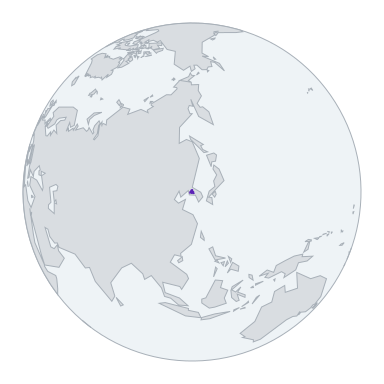 Hwanghae-bukto on an orthographic globe, rotated 328°
{"feature_id": "PRK-3303", "entity_name": "Hwanghae-bukto", "entity_type": "Province", "adm_level": 1, "iso_a3": "PRK", "parent_name": "North Korea", "parent_adm1": "", "projection": "orthographic", "projection_center": [126.361, 38.471], "detail": "fine", "context": "on_globe", "style": "filled", "palette": "violet", "viewbox_px": 384, "rotation_deg": 328, "n_neighbors": 0, "source": "natural_earth", "source_scale": "10m", "svg_char_len": 12148}
<svg xmlns="http://www.w3.org/2000/svg" viewBox="0 0 384 384"><g transform="rotate(328 192 192)"><circle cx="192" cy="192" r="169" fill="#eef3f6" stroke="#a8b0b8"/><path d="M322.7,288.5L322.6,289.2L322.4,289.4L322.7,288.5ZM317.8,79.2L317.9,79.4L320.3,82.0L318.9,80.8L320.0,83.0L313.6,80.0L298.5,70.6L299.3,69.4L295.6,67.7L294.4,69.3L294.5,70.9L280.0,70.4L274.1,79.5L277.8,86.0L272.6,82.1L283.4,97.4L283.7,106.5L279.9,94.1L276.9,91.3L275.4,96.2L272.0,94.5L269.3,96.0L265.3,93.6L263.4,87.0L260.8,85.5L259.9,89.1L255.4,89.4L257.0,84.2L249.3,84.3L244.6,74.2L252.4,63.9L246.4,57.9L245.4,46.8L242.1,46.6L239.6,42.8L234.9,41.3L236.1,40.0L231.3,39.9L231.1,41.4L229.0,41.9L226.2,41.3L227.2,39.4L228.7,39.5L227.5,38.7L229.2,38.1L226.8,38.0L228.3,36.2L222.7,37.1L220.5,34.9L222.6,34.0L227.7,35.2L245.5,37.6L249.2,37.8L249.3,36.3L238.3,30.7L240.2,30.7L238.9,29.8L235.3,29.0L235.1,29.5L228.3,28.3L228.8,29.5L226.1,29.3L224.5,30.4L219.0,29.1L214.5,27.3L215.5,26.5L213.5,25.8L207.9,26.0L205.3,24.2L195.7,23.2L198.7,23.2L211.0,24.1L223.1,25.9L235.1,28.6L246.9,32.2L258.3,36.6L269.4,41.8L280.1,47.9L290.4,54.6L300.1,62.1L309.2,70.3L317.8,79.2ZM348.3,169.9L346.9,167.1L348.2,167.0L348.3,169.9ZM345.7,166.6L346.3,167.3L345.7,167.0L345.7,166.6ZM345.1,167.2L345.5,166.8L345.2,167.6L345.1,167.2ZM344.4,168.4L344.7,167.6L344.7,167.8L344.4,168.4ZM342.8,169.3L342.4,169.4L342.6,168.4L342.8,169.3ZM295.1,72.0L294.7,69.6L297.1,68.9L297.8,71.1L295.1,72.0ZM290.0,74.0L288.9,72.1L293.2,73.6L292.5,74.2L290.0,74.0ZM281.2,91.3L281.6,88.6L282.4,91.9L281.2,91.3ZM269.6,96.6L270.6,98.0L268.8,98.3L269.6,96.6ZM227.6,31.1L226.1,30.8L227.2,30.7L227.6,31.1ZM228.4,32.1L230.8,32.3L231.5,32.8L230.0,32.6L228.4,32.1ZM261.1,95.0L257.8,95.2L260.8,93.8L261.1,95.0ZM225.3,31.7L232.4,33.6L233.6,34.6L229.0,34.9L225.3,31.7ZM255.8,94.6L248.0,95.5L249.5,98.5L240.8,90.9L250.3,92.4L253.7,90.1L253.5,92.8L255.8,94.6ZM232.3,42.2L232.3,40.6L234.9,42.6L232.3,42.2ZM234.4,43.3L245.4,49.5L243.9,51.8L240.5,49.1L240.7,52.9L234.7,50.9L233.2,48.4L235.3,47.3L231.4,47.5L234.4,43.3ZM237.3,86.8L235.1,86.2L237.0,85.6L237.3,86.8ZM228.3,42.3L230.6,43.2L229.6,45.2L224.7,43.8L226.6,43.5L228.3,42.3ZM243.8,54.9L242.1,56.3L236.7,55.1L235.3,55.5L234.4,51.1L243.8,54.9ZM225.4,42.8L222.2,43.0L220.2,41.6L226.0,41.6L225.4,42.8ZM231.3,46.4L230.6,47.3L229.4,46.3L231.3,46.4ZM211.2,37.0L214.0,37.7L213.7,38.8L211.2,37.0ZM221.2,43.2L221.9,43.8L222.1,44.3L219.6,44.2L221.2,43.2ZM230.7,50.6L228.8,49.9L230.8,52.4L226.8,51.8L226.9,49.0L225.2,49.9L224.0,49.8L225.4,47.7L230.7,50.6ZM217.7,46.0L216.4,42.6L211.2,40.8L211.4,39.7L219.7,42.9L217.7,46.0ZM222.1,47.1L219.4,46.1L220.9,45.2L223.8,45.3L222.1,47.1ZM224.1,52.4L230.1,54.1L229.9,54.6L224.1,52.4ZM215.8,45.6L216.2,46.4L215.3,45.6L215.8,45.6ZM221.2,50.5L223.4,50.9L223.1,51.5L221.2,50.5ZM215.1,47.9L214.7,46.7L216.6,46.7L215.1,47.9ZM217.6,49.2L216.7,50.0L217.5,47.4L218.6,49.3L217.6,49.2ZM220.6,51.0L221.1,51.5L219.7,50.7L220.6,51.0ZM208.1,48.8L208.6,45.5L212.8,45.4L211.7,48.5L208.1,48.8ZM80.1,65.4L72.2,74.0L69.8,76.7L65.8,80.1L52.7,98.4L54.8,97.7L48.2,112.4L47.3,119.9L56.4,112.7L58.0,100.2L63.6,93.6L66.6,99.6L66.0,111.4L68.2,109.2L73.0,98.5L77.5,98.3L75.2,94.6L72.8,98.2L71.3,96.3L73.5,92.9L75.0,92.8L76.4,88.8L69.0,90.8L65.7,94.7L66.7,87.5L61.3,93.4L60.0,93.2L68.7,83.1L71.3,81.3L83.6,68.3L80.9,69.5L69.1,82.0L70.8,79.5L67.1,81.9L71.2,78.1L84.8,64.8L88.8,59.5L86.3,60.2L104.2,47.6L105.8,46.7L95.9,53.8L99.0,52.3L107.8,47.2L104.0,50.0L106.4,48.9L103.3,51.8L105.6,53.1L103.5,56.1L110.9,54.3L110.8,55.7L106.4,56.2L102.3,58.5L97.9,66.8L98.9,67.8L104.0,66.1L102.1,68.9L107.7,66.3L108.3,70.8L112.2,63.3L118.3,61.8L122.2,63.6L124.9,61.9L118.6,59.1L115.5,59.3L111.7,61.5L103.7,61.7L103.9,59.4L114.9,54.6L116.3,51.1L124.2,49.5L136.3,57.1L138.1,62.0L127.4,73.1L123.3,72.7L125.1,68.3L117.5,73.8L121.0,72.6L119.4,75.1L124.9,74.9L124.1,76.7L130.7,73.6L130.3,75.8L126.1,77.8L133.8,79.9L134.7,84.7L136.8,84.3L138.9,82.7L138.6,90.1L140.2,89.6L140.9,86.9L144.6,84.2L150.9,82.4L150.5,85.1L148.1,86.1L142.5,92.4L136.4,95.0L136.8,96.0L142.1,94.4L148.9,86.6L152.9,84.8L150.2,88.6L151.5,87.1L153.3,87.1L154.7,89.7L157.9,85.7L178.5,83.5L183.3,88.8L178.6,92.1L192.5,94.9L196.8,101.5L197.4,98.9L204.5,99.0L203.3,96.9L204.1,95.7L221.9,96.0L225.7,98.5L234.0,96.6L234.4,95.4L232.0,93.3L240.8,90.9L249.5,98.5L248.3,100.8L254.6,104.4L251.0,109.4L250.9,115.5L243.3,119.6L243.8,124.5L246.2,125.4L248.8,132.9L245.8,146.2L237.7,131.5L240.1,112.7L238.2,119.8L235.5,117.2L232.8,119.2L231.8,124.5L233.6,125.7L215.7,130.6L206.9,144.0L215.1,144.5L218.8,149.6L216.0,167.4L194.7,188.2L199.3,196.9L198.6,201.9L192.3,204.0L193.2,196.6L188.2,193.0L189.6,188.8L179.8,190.4L181.5,184.4L173.1,189.0L174.6,194.3L182.6,194.8L174.6,201.8L180.8,211.7L179.9,221.7L163.7,236.1L149.8,238.0L148.6,240.8L143.9,236.0L136.4,240.0L143.9,259.0L143.2,263.6L131.6,269.1L131.6,265.7L119.3,253.0L115.9,263.1L125.2,275.3L128.4,286.4L120.8,280.8L117.7,270.8L113.4,266.0L115.3,257.1L113.2,241.3L105.5,241.0L106.9,235.3L102.8,220.3L92.2,219.1L75.0,225.9L71.4,239.4L66.1,242.2L62.6,216.6L65.1,201.7L61.3,199.9L59.9,182.7L49.9,168.5L50.8,163.8L48.5,162.6L47.8,154.5L50.1,147.2L48.6,144.2L43.2,163.7L45.1,167.0L49.8,165.4L47.7,171.2L48.6,180.5L39.3,185.4L28.4,175.8L31.2,164.8L43.0,127.0L44.8,124.9L45.0,124.6L45.4,123.9L42.5,126.7L45.8,119.9L35.3,143.3L31.9,151.7L28.2,176.1L27.6,176.5L27.6,182.9L32.2,190.6L31.4,193.8L26.8,203.0L23.8,207.7L23.1,195.5L23.3,183.3L24.3,171.1L26.3,159.1L29.1,147.2L32.8,135.5L37.3,124.1L42.6,113.1L48.7,102.5L55.5,92.4L63.1,82.8L71.3,73.8L80.1,65.4ZM61.5,129.8L63.7,137.3L69.5,128.1L70.9,130.3L72.4,126.5L70.0,127.4L74.6,117.8L78.1,119.3L81.3,116.1L80.7,113.5L73.7,112.5L66.9,126.0L63.5,126.8L61.5,129.8ZM196.3,23.1L196.1,23.1L196.3,23.1ZM122.4,41.8L119.2,43.4L117.2,43.6L119.9,41.0L122.9,40.5L122.4,41.8ZM115.1,45.8L125.3,42.5L124.0,44.3L123.0,43.8L121.1,45.4L119.0,45.0L107.9,50.5L105.3,51.2L111.7,45.2L111.0,46.6L114.2,44.8L115.1,45.8ZM153.5,34.1L157.8,33.7L149.4,38.2L146.3,38.1L148.8,35.2L153.9,33.5L153.5,34.1ZM215.8,32.3L218.1,32.6L217.8,33.0L215.7,33.1L215.8,32.3ZM212.5,37.2L205.8,32.0L208.0,31.9L201.5,29.5L204.7,28.4L208.9,29.9L206.5,27.5L211.5,28.5L209.2,27.0L218.1,30.5L222.6,31.6L216.4,30.7L213.3,31.6L213.2,32.3L216.5,35.3L224.5,38.5L222.7,40.3L219.3,40.7L217.1,40.2L219.0,39.1L214.7,39.2L215.7,37.3L212.5,37.2ZM180.4,49.6L183.5,47.7L175.1,49.3L176.1,46.7L175.0,47.1L173.6,45.2L170.1,43.8L171.3,42.7L169.4,42.6L168.4,41.5L166.3,41.1L167.7,39.2L165.1,38.6L167.3,38.0L162.4,37.6L166.7,37.1L165.8,35.9L162.2,37.1L175.2,29.3L177.4,27.1L177.0,25.8L184.3,25.5L189.4,26.8L192.4,29.3L189.2,31.7L193.1,31.4L192.7,32.5L189.8,32.3L194.0,33.4L193.0,34.3L195.6,37.7L202.4,39.1L203.6,40.6L200.4,40.5L203.8,42.1L198.5,43.1L199.2,44.2L194.7,46.5L188.1,46.1L189.4,47.4L186.1,49.5L180.4,49.6ZM206.6,49.4L198.5,48.9L195.1,47.5L204.4,44.1L204.5,42.9L210.3,41.2L215.1,43.5L213.0,43.7L212.1,44.5L211.0,43.5L211.2,44.9L208.3,45.4L207.7,46.8L205.2,46.2L206.6,49.4ZM70.4,77.0L69.2,78.7L68.0,80.8L65.6,82.5L70.4,77.0ZM79.5,67.8L78.9,68.8L75.0,71.8L76.3,70.3L79.5,67.8ZM81.9,66.9L79.2,68.6L81.4,66.7L81.9,66.9ZM106.2,57.2L105.9,58.4L104.6,59.0L103.2,59.0L106.2,57.2ZM155.6,55.3L157.9,54.1L158.7,54.5L164.7,53.6L164.5,55.7L160.7,57.0L155.6,55.3ZM54.8,112.2L53.1,111.8L54.1,109.8L54.5,110.3L54.8,112.2ZM58.1,96.1L55.8,100.9L57.5,96.5L58.1,96.1ZM156.3,57.4L158.9,56.8L157.2,58.2L156.3,57.4ZM164.6,57.2L163.2,58.9L165.1,55.8L164.6,57.2ZM31.5,244.9L30.9,242.4L33.9,251.5L34.6,253.5L31.5,244.9ZM170.6,316.8L175.8,317.9L175.6,318.5L170.6,316.8ZM165.1,314.1L171.0,315.1L164.1,315.1L165.1,314.1ZM173.3,315.5L179.3,315.1L181.9,314.5L181.5,315.6L173.3,315.5ZM161.1,313.5L140.0,308.9L131.9,305.2L133.7,303.6L146.8,307.5L161.1,313.5ZM133.0,303.4L120.8,293.6L105.2,269.0L110.7,271.6L127.3,288.9L126.2,290.4L133.6,297.5L133.0,303.4ZM163.2,299.0L162.1,304.5L150.4,301.7L145.1,299.6L141.5,291.3L143.5,288.0L147.7,289.1L165.1,279.0L171.0,283.4L165.5,288.2L170.3,294.2L163.2,299.0ZM71.8,241.1L73.9,251.3L71.1,250.9L71.8,241.1ZM172.7,270.4L165.3,275.4L172.2,268.2L172.7,270.4ZM177.2,263.1L177.3,266.4L174.7,262.9L177.2,263.1ZM147.8,245.3L143.3,245.0L143.4,242.6L149.4,241.7L147.8,245.3ZM179.0,230.2L177.9,237.3L176.7,239.5L175.1,234.9L179.0,230.2ZM157.8,76.7L149.7,75.3L143.6,76.3L140.0,79.7L141.6,74.6L150.9,73.1L157.8,76.7ZM176.0,82.3L179.2,79.7L180.2,81.5L179.6,82.3L176.0,82.3ZM176.2,80.3L175.7,76.0L179.0,75.0L178.8,78.6L176.2,80.3ZM165.6,65.9L163.3,65.3L164.7,64.0L165.6,65.9ZM281.6,335.3L283.4,334.1L283.8,333.9L281.6,335.3ZM233.3,354.9L232.4,353.9L239.7,352.3L237.2,353.8L233.3,354.9ZM287.8,331.2L288.1,331.0L292.3,327.8L293.3,326.3L293.5,326.9L297.5,323.9L287.8,331.2ZM204.5,350.4L172.0,353.1L164.5,351.6L165.8,349.9L157.8,342.2L160.2,342.7L157.9,337.4L176.7,335.1L190.1,326.4L201.3,327.6L209.3,320.1L221.1,320.4L217.9,326.5L230.5,329.5L238.2,315.7L246.7,328.4L256.4,330.9L260.1,336.8L245.8,348.9L236.8,352.1L234.7,351.8L231.0,353.1L224.8,353.7L220.6,351.6L217.1,352.8L220.2,350.4L215.2,352.7L211.6,351.0L204.5,350.4ZM289.0,315.6L290.9,315.1L294.2,315.6L291.1,316.7L289.0,315.6ZM317.9,294.2L318.8,294.4L316.8,296.1L317.9,294.2ZM322.4,289.4L320.0,291.6L322.7,288.5L322.4,289.4ZM298.3,304.7L299.3,305.0L298.6,305.6L298.3,304.7ZM297.5,304.8L298.6,303.0L298.5,304.3L297.5,304.8ZM288.0,301.1L289.1,299.9L289.6,300.3L288.0,301.1ZM183.6,318.8L190.8,315.4L194.8,315.3L183.6,318.8ZM286.3,300.0L283.4,300.8L283.7,299.9L286.3,300.0ZM286.4,298.2L286.0,297.1L287.9,299.2L286.4,298.2ZM280.8,297.3L284.4,298.3L280.4,297.6L280.8,297.3ZM278.8,298.1L276.2,297.9L276.4,297.5L278.8,298.1ZM251.1,305.2L260.4,310.4L253.1,311.5L244.8,308.4L238.7,313.0L224.6,313.3L227.7,310.7L225.7,307.0L211.4,305.6L208.6,303.0L213.6,301.3L204.3,299.0L214.4,298.0L218.7,303.4L224.5,299.0L234.7,299.6L244.7,300.5L253.0,303.4L251.1,305.2ZM214.7,309.7L216.4,309.7L214.9,311.3L214.7,309.7ZM271.4,296.2L275.1,297.8L274.7,298.5L272.9,298.6L271.4,296.2ZM254.9,302.2L263.7,296.5L265.8,296.2L260.0,302.1L254.9,302.2ZM261.5,294.0L265.6,293.9L267.9,295.9L267.0,296.8L261.5,294.0ZM193.9,304.2L193.5,305.6L190.9,304.3L193.9,304.2ZM197.2,303.5L205.2,305.5L196.5,304.7L197.2,303.5ZM173.8,296.0L176.0,299.9L183.1,298.4L177.7,301.1L182.6,307.4L181.1,309.4L176.2,302.6L174.6,308.8L171.5,308.3L169.7,302.5L172.8,296.1L175.9,293.6L188.7,293.8L173.8,296.0ZM197.1,299.1L195.1,294.7L196.6,292.0L198.9,294.4L197.1,299.1ZM189.2,283.7L184.0,278.0L179.0,279.4L189.2,273.2L192.5,279.7L189.2,283.7ZM185.1,271.7L180.4,273.0L185.4,269.2L185.1,271.7ZM179.4,271.1L179.1,267.3L182.6,268.2L179.4,271.1ZM187.5,272.2L188.7,265.9L190.3,269.8L187.5,272.2ZM178.2,258.6L185.4,265.8L175.6,261.9L176.2,249.2L180.5,249.5L178.2,258.6ZM208.5,208.4L208.0,204.4L212.1,203.8L211.3,206.7L208.5,208.4ZM225.2,199.3L213.1,202.4L203.3,205.2L205.9,207.2L202.9,213.6L199.5,207.1L207.0,200.4L214.3,199.5L216.2,194.1L222.0,190.6L222.0,183.6L224.8,180.7L227.1,186.9L225.2,199.3ZM221.7,180.7L223.8,168.5L231.2,170.5L232.4,173.6L228.3,178.3L224.7,176.9L221.7,180.7ZM226.5,166.2L223.0,164.9L218.7,146.5L219.6,143.3L226.8,157.7L223.9,157.3L223.6,161.6L226.5,166.2ZM235.3,87.6L235.1,86.3L236.7,87.5L235.3,87.6ZM203.3,94.5L204.7,93.1L206.5,94.3L203.3,94.5ZM209.6,89.9L206.6,89.4L209.9,88.8L209.6,89.9ZM199.9,88.7L205.5,88.7L199.9,90.4L199.9,88.7Z" fill="#d9dde1" stroke="#a8b0b8" stroke-width="1"/><path d="M193.3,192.9L193.3,193.0L193.2,193.1L192.9,193.4L192.8,193.5L192.7,193.6L192.7,193.9L192.7,194.0L192.2,193.8L192.1,193.7L192.1,193.4L192.1,193.2L192.2,192.9L191.9,192.7L191.7,192.7L191.5,192.8L191.4,192.8L191.2,192.8L191.0,192.7L190.9,192.7L190.8,192.4L190.7,192.5L190.6,192.4L190.5,192.2L190.4,191.9L190.4,191.7L190.3,191.4L190.3,191.2L190.2,191.2L190.3,191.1L190.4,190.9L190.5,190.9L190.8,190.9L191.0,191.0L191.2,191.3L191.3,191.3L191.5,191.2L191.7,190.9L191.5,190.7L191.4,190.7L191.5,190.6L191.8,190.5L192.0,190.6L192.3,190.7L192.3,190.4L192.5,190.5L192.7,190.4L192.5,190.2L192.5,189.9L192.5,190.0L192.8,190.0L193.0,190.1L193.3,190.2L193.4,190.3L193.5,190.4L193.5,190.5L193.4,190.7L193.2,190.7L193.2,190.8L193.2,191.0L193.1,191.3L192.9,191.4L192.8,191.5L192.7,191.5L192.8,191.7L192.8,191.8L192.8,192.0L193.0,192.3L193.2,192.5L193.2,192.8L193.3,192.8L193.3,192.9Z" fill="#8b5cf6" stroke="#5b21b6" stroke-width="1.5"/></g></svg>